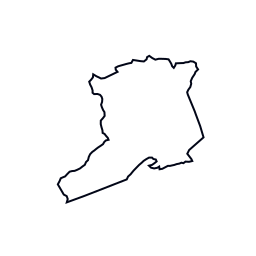 Rio do Oeste, Santa Catarina, Brazil, rotated 235°
{"feature_id": "56859067B83214012071559", "entity_name": "Rio do Oeste", "entity_type": "district", "adm_level": 2, "iso_a3": "BRA", "parent_name": "Brazil", "parent_adm1": "Santa Catarina", "projection": "albers", "projection_center": [-49.834, -27.144], "detail": "fine", "context": "isolated", "style": "outline", "palette": "ink", "viewbox_px": 256, "rotation_deg": 235, "n_neighbors": 0, "source": "geoboundaries", "source_scale": "gbopen_adm2", "svg_char_len": 1918}
<svg xmlns="http://www.w3.org/2000/svg" viewBox="0 0 256 256"><g transform="rotate(235 128 128)"><path d="M102.2,35.2L97.3,53.6L86.6,97.5L88.2,100.2L88.6,103.6L89.2,105.6L89.9,108.2L90.7,112.3L91.4,116.0L91.7,119.4L92.1,121.9L92.0,125.2L91.7,128.2L90.0,130.7L88.1,131.0L86.2,132.7L84.2,132.3L84.0,129.4L84.0,126.5L85.1,123.6L82.3,124.1L79.9,126.2L78.6,129.2L78.5,131.4L76.1,130.2L74.9,132.7L74.5,135.9L74.1,139.0L72.9,140.6L72.1,142.6L71.2,144.7L70.5,147.2L69.4,149.6L68.9,151.9L67.4,153.2L67.5,155.8L65.3,158.6L64.1,161.7L66.2,162.1L72.9,161.8L74.9,165.5L77.0,184.5L88.1,188.2L100.8,191.5L103.3,192.2L121.2,196.2L123.4,197.0L124.8,199.5L125.8,202.5L128.0,205.2L130.3,206.2L132.3,209.4L133.9,213.5L135.2,215.4L135.8,219.0L139.3,219.1L142.0,220.8L144.9,219.6L146.9,217.4L147.4,215.1L148.8,212.8L149.4,210.7L151.1,208.1L153.5,204.3L152.1,202.6L151.0,200.0L153.2,199.6L155.9,200.3L158.6,200.5L161.0,200.6L163.0,198.4L165.1,195.6L167.1,192.8L168.3,189.6L171.4,188.0L174.9,186.8L175.1,184.3L173.6,182.6L173.4,179.2L175.5,176.7L180.9,171.1L179.4,168.1L180.4,166.0L181.4,163.4L182.4,160.5L183.5,157.4L184.2,155.3L184.6,152.4L182.8,151.4L180.0,151.6L182.3,137.5L184.0,134.3L186.1,133.2L188.5,131.8L191.9,130.3L189.6,128.3L188.7,125.5L188.2,122.8L185.3,121.9L182.2,121.5L179.0,120.5L177.2,119.2L175.2,119.7L173.4,122.5L171.2,124.1L168.8,124.3L166.5,123.6L164.2,121.7L162.5,119.3L159.9,118.5L156.9,117.9L154.5,117.8L151.3,115.8L150.4,113.0L149.7,110.0L146.8,107.9L144.0,106.8L140.7,105.7L138.5,104.4L136.6,105.4L134.1,105.5L131.5,105.8L129.5,105.3L130.5,102.8L130.2,100.6L129.1,98.3L129.1,95.7L129.2,92.4L129.1,90.0L128.9,87.5L128.9,85.1L128.3,82.0L126.8,79.3L124.6,76.8L124.2,74.1L122.6,71.5L122.6,68.7L122.4,65.5L122.9,62.4L123.5,59.7L124.8,57.5L125.7,55.1L125.1,51.8L124.4,48.7L124.9,46.6L125.4,44.1L123.8,41.6L122.1,38.2L110.3,37.2L107.4,38.7L104.4,37.9L102.2,35.2Z" fill="none" stroke="#020617" stroke-width="2"/></g></svg>